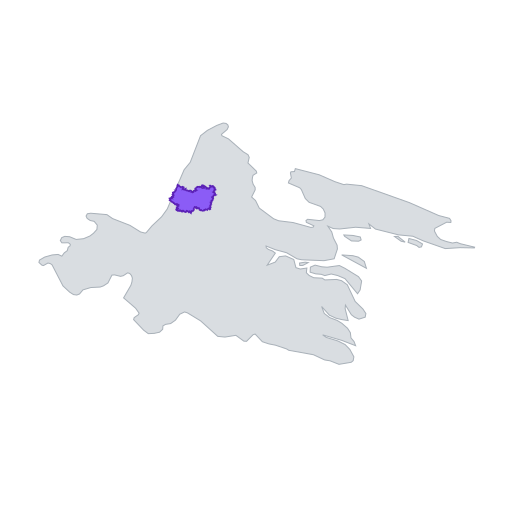 Netrakona, Dhaka, Bangladesh shown in context, rotated 295°
{"feature_id": "16705992B47191620994273", "entity_name": "Netrakona", "entity_type": "district", "adm_level": 2, "iso_a3": "BGD", "parent_name": "Bangladesh", "parent_adm1": "Dhaka", "projection": "equal_earth", "projection_center": [90.87, 24.887], "detail": "fine", "context": "in_parent", "style": "filled", "palette": "violet", "viewbox_px": 512, "rotation_deg": 295, "n_neighbors": 0, "source": "geoboundaries", "source_scale": "gbopen_adm2", "svg_char_len": 9565}
<svg xmlns="http://www.w3.org/2000/svg" viewBox="0 0 512 512"><g transform="rotate(295 256 256)"><path d="M190.8,362.1L190.8,349.8L184.4,325.6L184.7,323.0L183.4,311.3L181.8,304.9L181.0,298.0L184.9,288.2L183.4,286.6L174.7,283.5L173.7,281.0L175.6,271.3L169.4,262.1L167.0,255.3L173.8,233.2L175.5,217.9L175.1,214.9L171.0,211.5L163.8,210.1L158.7,207.2L155.8,202.9L153.3,201.2L150.1,202.4L146.2,200.8L142.9,196.5L140.1,191.2L141.3,185.5L146.6,172.0L148.6,171.6L153.1,174.2L154.8,174.2L157.8,168.9L162.1,153.7L176.6,155.0L180.1,154.5L183.7,153.3L185.7,151.4L186.8,148.9L186.5,146.8L182.0,144.0L180.3,141.8L179.1,135.8L177.8,133.5L169.0,133.2L164.5,130.4L162.0,127.9L157.6,119.6L152.2,113.5L147.0,112.1L144.9,110.1L143.9,106.9L144.5,102.4L147.3,93.7L161.8,74.9L162.2,72.8L161.7,70.4L157.5,67.4L157.2,65.9L158.4,62.0L160.8,61.5L165.8,65.0L170.8,70.8L173.8,76.0L173.8,80.1L177.8,80.9L181.1,82.7L184.5,82.1L186.7,83.2L188.1,82.8L188.7,80.4L185.9,74.5L187.3,72.1L190.6,72.2L193.0,74.4L194.7,79.0L195.0,86.0L198.8,92.4L203.9,97.0L207.9,99.1L212.8,100.6L216.9,99.1L219.0,94.7L218.1,90.7L218.7,87.1L220.4,85.1L223.0,85.3L224.9,88.1L230.5,103.4L229.3,110.2L230.5,128.8L229.0,141.2L229.9,145.9L230.9,146.7L239.4,149.0L251.7,153.9L261.1,155.7L303.8,154.4L313.1,156.8L341.6,154.9L349.4,158.9L357.8,165.3L362.6,170.0L363.5,172.8L362.9,175.1L361.4,176.4L358.4,176.4L351.7,173.3L350.6,174.2L350.5,181.6L345.1,200.2L344.4,206.0L342.5,208.2L336.9,209.4L333.1,220.3L331.6,221.6L327.9,219.2L325.6,219.6L322.7,220.6L319.8,223.1L317.8,226.2L315.6,227.3L307.6,227.1L306.1,232.1L300.8,238.7L297.2,256.2L297.5,261.6L302.0,275.5L305.1,293.7L306.3,295.6L307.8,295.7L307.8,287.4L309.3,286.3L311.1,287.3L314.9,298.5L317.1,301.3L320.4,302.1L324.2,300.4L327.0,297.1L328.2,293.6L327.1,281.4L328.9,276.4L335.4,269.0L336.3,266.7L335.9,254.5L338.3,254.1L341.6,255.1L345.8,252.1L347.1,252.1L348.8,255.2L351.8,254.7L356.3,278.9L356.7,296.0L357.8,305.5L359.4,307.7L364.4,322.0L369.2,372.4L369.9,404.5L371.9,415.5L370.3,417.9L368.7,418.4L367.2,414.5L356.6,406.4L354.0,407.2L350.4,412.0L349.0,416.4L349.6,422.5L350.8,428.6L353.3,432.1L353.5,436.0L356.4,450.4L355.6,450.5L349.8,437.4L342.7,424.4L340.4,401.2L340.2,389.8L335.4,376.3L330.9,352.9L332.8,344.7L329.4,348.2L324.2,334.2L315.9,320.5L313.5,314.4L313.4,308.5L309.8,314.5L305.0,318.6L300.1,324.9L296.8,326.8L286.5,328.0L280.5,319.6L271.9,299.0L270.8,294.4L271.9,282.3L269.9,270.9L269.3,260.9L267.8,261.8L267.2,264.5L267.5,268.8L266.8,272.3L252.4,270.0L258.6,276.0L265.2,277.4L268.6,282.8L268.8,291.7L262.3,297.1L262.9,301.6L266.6,307.2L262.1,308.7L260.8,312.4L260.7,317.5L263.9,325.4L263.4,328.5L268.8,338.9L269.8,343.9L268.5,350.9L256.7,365.1L253.2,375.2L250.3,379.9L246.7,380.8L242.3,376.0L242.2,371.1L243.1,367.2L249.3,357.8L246.0,359.0L236.4,366.8L234.6,360.5L233.4,354.7L233.4,347.5L238.0,336.8L232.8,342.1L231.3,348.8L231.9,356.7L231.3,362.2L229.2,369.5L226.4,373.9L221.9,376.7L219.9,381.0L216.8,384.2L215.8,369.5L212.7,349.7L211.9,354.0L213.6,366.2L213.4,374.2L211.0,380.5L206.0,387.3L202.2,388.3L199.9,387.2L192.9,377.0L192.3,367.4L190.8,362.1ZM278.0,362.3L269.2,364.7L264.7,364.0L273.1,346.2L272.8,338.3L271.5,331.8L267.3,326.6L267.0,322.9L265.1,317.8L264.2,311.9L268.9,310.0L272.7,313.4L274.0,320.1L275.9,325.2L282.6,335.6L282.4,341.9L280.6,357.6L278.0,362.3ZM296.8,356.5L291.5,361.3L293.2,333.2L297.2,343.6L298.2,349.2L296.8,356.5ZM317.3,342.5L315.0,344.5L312.8,342.8L310.0,336.2L311.3,327.9L312.2,326.7L315.6,335.2L317.3,342.5ZM337.3,401.8L334.2,402.1L332.7,400.1L333.4,397.3L332.6,388.1L336.5,387.2L337.9,394.9L337.3,401.8ZM333.8,376.3L331.6,385.3L330.7,381.3L332.2,373.3L333.8,376.3ZM271.2,303.2L272.1,306.1L267.2,302.4L265.9,299.7L268.0,298.4L271.2,303.2Z" fill="#d9dde1" stroke="#a8b0b8" stroke-width="1"/><path d="M298.9,191.0L299.1,190.8L299.4,191.0L299.7,189.6L300.2,189.5L300.5,189.7L300.7,189.4L300.8,188.6L300.3,188.4L300.4,188.0L300.8,188.2L301.1,188.1L301.3,187.7L301.2,187.0L300.7,186.9L300.2,186.2L300.5,185.9L300.6,184.8L300.4,184.5L300.2,185.0L299.8,185.5L299.5,185.5L299.5,185.8L299.2,185.4L299.1,185.6L298.2,184.8L297.6,184.7L297.3,185.3L297.1,185.2L297.1,184.7L296.2,184.8L296.8,184.4L296.7,184.0L296.5,183.6L296.5,183.3L296.7,183.2L296.9,183.6L297.1,183.5L297.1,183.2L296.8,183.2L296.6,182.7L296.1,182.8L295.9,182.6L296.7,181.9L297.1,182.1L297.1,181.7L297.4,181.4L297.5,181.0L297.6,180.3L297.2,180.2L297.4,179.6L297.8,179.0L297.7,177.9L297.4,177.7L297.4,177.4L297.1,177.5L296.8,177.2L296.3,178.0L296.7,178.4L296.8,179.1L296.6,179.1L296.3,179.6L296.4,180.0L295.7,180.2L295.7,179.7L295.0,179.2L294.8,178.5L295.2,177.2L295.7,177.0L295.4,176.7L295.3,176.4L295.2,176.6L294.9,176.5L294.6,175.6L294.3,175.4L294.4,175.0L294.5,175.2L294.6,174.9L294.2,174.0L294.1,173.7L293.6,173.8L293.5,173.5L293.4,173.5L293.1,173.0L292.5,173.0L292.5,172.9L292.2,172.8L291.8,172.9L291.6,172.8L291.4,172.4L291.1,172.6L291.1,173.0L290.7,173.5L290.6,174.1L290.4,173.8L290.0,174.0L289.9,173.7L290.2,173.6L290.0,173.4L289.9,173.1L289.4,173.5L289.1,173.5L289.0,172.4L288.8,172.0L288.1,171.8L287.8,171.9L287.8,172.1L287.7,171.8L287.4,172.2L286.8,171.7L287.0,171.3L286.9,170.3L286.7,170.5L286.6,170.3L287.3,170.2L287.7,169.8L287.8,169.1L287.5,168.8L287.2,168.1L286.6,168.2L286.5,167.9L286.3,167.9L286.4,167.4L286.2,167.2L286.3,166.7L286.5,166.7L286.5,166.0L286.2,166.0L286.0,165.7L285.9,165.0L286.1,164.4L286.8,164.0L287.0,164.1L287.4,163.9L286.8,163.5L286.7,163.3L285.8,163.3L285.6,162.5L285.7,162.2L285.9,161.9L285.8,161.3L285.5,161.1L286.4,160.8L287.0,161.6L287.3,161.4L287.6,161.6L287.9,161.3L287.7,160.9L287.6,160.3L287.8,160.1L287.7,159.9L287.1,159.5L286.5,158.7L286.9,158.3L286.9,157.6L286.8,157.4L286.8,157.2L286.6,157.1L286.8,156.3L287.1,156.3L287.3,155.9L287.5,156.0L287.5,155.7L287.3,155.1L287.4,154.8L286.6,154.9L286.5,155.1L285.5,155.4L284.4,155.4L284.0,155.2L283.3,155.1L282.7,155.6L282.3,155.7L282.1,155.6L281.6,155.7L281.4,155.7L281.3,155.3L281.2,155.5L280.1,155.4L279.9,155.0L279.9,155.3L279.4,155.2L279.4,154.7L279.1,154.6L278.9,154.2L278.4,154.3L278.2,153.8L277.3,154.4L277.1,154.7L277.2,154.9L277.2,155.0L277.0,154.9L276.5,155.3L276.3,155.2L276.2,154.9L276.1,155.1L275.9,155.1L275.8,155.4L276.1,155.3L276.3,155.5L276.1,155.7L275.9,155.7L275.8,155.9L275.5,155.7L275.4,155.4L275.0,155.3L274.9,155.1L274.7,155.0L274.5,155.5L274.2,155.3L274.1,155.8L273.7,155.3L273.3,155.3L273.2,155.0L273.4,154.6L272.9,154.7L272.7,155.2L272.3,153.5L272.4,153.1L272.1,153.9L271.6,153.2L271.5,153.3L271.8,153.7L271.7,154.1L271.2,154.0L271.3,154.6L270.9,154.5L270.5,154.8L270.2,154.6L269.9,154.4L269.8,155.0L270.0,155.7L269.7,156.1L269.8,156.6L269.4,156.9L269.7,157.6L269.4,158.0L269.5,158.2L269.3,158.3L269.2,158.7L269.3,158.8L269.1,159.0L269.4,159.3L269.1,159.7L269.1,160.0L268.5,160.7L268.9,161.2L268.7,161.4L268.6,162.4L269.0,162.0L268.9,161.8L269.0,161.6L269.3,161.4L269.5,161.6L269.6,161.9L269.5,162.1L269.4,161.9L269.4,162.2L269.6,162.3L269.8,162.7L269.4,162.8L269.5,163.1L269.3,163.4L269.3,163.8L269.5,164.0L269.3,164.1L269.5,164.3L269.5,164.5L269.0,164.4L268.7,164.0L268.4,164.5L267.9,163.9L267.3,164.0L266.7,163.5L266.4,164.1L265.9,163.9L265.8,164.1L265.9,164.4L266.5,164.7L266.4,165.2L266.1,165.5L265.8,165.2L265.4,164.3L265.0,164.7L264.7,164.3L264.5,165.1L264.4,164.2L264.1,164.2L263.9,164.5L263.9,165.0L264.0,164.9L264.4,165.2L263.9,165.6L263.8,166.1L264.3,166.1L264.3,166.5L264.3,167.3L264.7,167.2L264.8,167.8L265.3,167.8L265.0,168.2L264.8,169.5L265.0,169.6L265.0,169.9L265.4,169.8L265.6,169.5L265.7,169.9L265.4,170.2L265.9,170.2L266.1,170.5L266.4,170.6L266.4,170.8L266.1,170.8L265.8,171.2L265.8,171.9L266.1,172.0L266.2,172.5L266.1,173.0L265.8,173.3L265.9,173.5L266.2,174.0L266.6,173.9L266.9,174.1L267.1,173.9L267.6,173.9L267.5,174.5L267.8,174.8L267.6,175.0L267.5,175.5L267.8,175.9L267.5,176.0L267.6,176.4L267.2,176.5L267.1,176.8L267.5,177.0L267.7,176.8L267.8,177.1L268.1,176.7L268.6,176.9L268.5,177.4L268.4,177.3L268.0,178.1L267.4,178.5L267.3,178.9L267.6,178.8L268.1,178.2L268.2,178.4L268.2,178.9L268.9,178.9L269.2,179.0L269.6,178.7L269.7,179.3L270.2,179.5L270.4,180.0L271.2,179.8L271.6,180.3L272.6,179.8L272.7,179.5L273.0,179.6L273.9,179.5L274.2,179.7L274.6,179.6L274.7,179.9L274.4,180.6L275.1,180.9L275.3,181.1L275.3,181.4L275.1,181.7L274.6,181.9L274.5,181.5L274.1,181.4L273.9,181.6L274.0,182.2L273.9,182.5L274.9,182.9L274.9,183.5L275.2,183.5L275.4,184.3L275.0,184.6L274.6,184.4L274.3,185.3L273.9,185.4L273.9,186.4L274.4,186.4L274.6,186.9L274.4,187.0L274.5,187.2L274.3,187.5L274.2,188.1L274.4,188.6L275.2,189.8L275.6,189.5L275.7,189.8L276.2,189.8L276.3,190.6L277.1,190.6L277.2,191.2L277.0,192.4L277.8,192.5L278.0,192.3L278.0,192.0L278.3,192.6L278.9,192.7L279.0,193.4L278.6,194.1L278.7,194.3L278.9,194.2L278.7,194.5L279.0,194.7L279.1,194.4L279.6,194.3L279.4,194.0L279.9,194.4L280.0,194.3L279.9,194.0L280.2,193.9L280.5,194.2L281.1,194.4L281.2,194.1L281.7,193.7L281.7,193.3L282.0,193.1L282.3,193.1L282.3,193.5L283.1,193.6L283.2,193.2L283.5,193.1L284.1,193.2L284.4,193.1L284.5,193.4L285.0,193.0L285.0,192.2L285.5,192.0L285.8,192.3L285.8,192.6L286.1,193.0L286.4,192.8L286.8,192.9L287.3,192.3L287.5,192.7L288.0,193.1L288.4,192.7L288.8,193.0L289.4,193.0L289.7,192.7L290.1,192.9L290.2,192.7L290.3,191.6L290.7,191.1L291.2,191.5L291.0,191.8L291.1,192.4L291.4,192.4L291.8,192.1L292.1,192.2L292.3,191.9L292.8,191.8L293.4,192.5L293.8,192.7L293.8,193.0L294.0,192.9L294.1,193.1L294.2,192.8L294.4,193.1L294.4,192.6L295.1,192.7L295.3,192.4L295.6,192.4L295.9,191.7L295.5,191.1L295.7,190.3L296.1,190.8L296.4,190.5L296.5,190.6L296.9,190.5L297.4,190.9L297.9,190.2L298.4,190.7L298.8,190.5L298.9,191.0Z" fill="#8b5cf6" stroke="#5b21b6" stroke-width="1.5"/></g></svg>